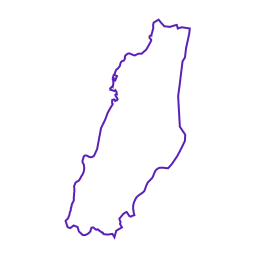 Daugmales pag., Kekavas, Latvia, rotated 93°
{"feature_id": "27541924B86442944632001", "entity_name": "Daugmales pag.", "entity_type": "district", "adm_level": 2, "iso_a3": "LVA", "parent_name": "Latvia", "parent_adm1": "Kekavas", "projection": "robinson", "projection_center": [24.43, 56.799], "detail": "fine", "context": "isolated", "style": "outline", "palette": "violet", "viewbox_px": 256, "rotation_deg": 93, "n_neighbors": 0, "source": "geoboundaries", "source_scale": "gbopen_adm2", "svg_char_len": 5398}
<svg xmlns="http://www.w3.org/2000/svg" viewBox="0 0 256 256"><g transform="rotate(93 128 128)"><path d="M131.7,70.5L124.0,76.3L93.6,79.6L81.3,78.6L71.0,77.9L58.5,77.0L54.6,74.8L45.2,74.2L36.3,72.7L30.4,71.8L25.4,71.5L24.6,79.4L24.7,79.5L24.9,80.3L25.0,80.6L25.1,80.8L25.1,81.1L25.2,81.4L25.2,81.6L25.3,81.8L25.6,82.7L25.7,82.9L25.9,83.2L25.9,83.3L26.0,83.5L24.9,83.8L24.1,84.1L23.3,84.4L22.5,84.7L22.9,86.1L23.7,88.4L24.0,89.2L24.7,91.2L24.9,91.5L24.7,93.4L24.6,95.5L24.5,97.2L23.5,98.0L22.8,98.7L22.1,99.6L21.7,99.9L20.5,101.1L19.8,101.7L18.2,103.1L19.1,104.5L21.4,107.9L23.7,108.3L24.1,108.3L26.5,108.0L26.9,108.0L29.4,108.5L29.8,108.6L31.3,108.9L32.0,109.1L34.0,109.5L34.6,109.5L34.6,110.1L34.7,110.6L34.7,110.8L34.9,110.9L35.0,111.0L35.3,111.2L35.5,111.3L36.1,111.3L36.5,111.3L36.9,111.2L37.4,110.6L37.5,110.6L38.3,109.7L38.6,109.5L38.9,109.5L39.3,109.4L39.8,109.5L42.0,110.5L43.1,111.1L45.0,112.0L48.5,113.7L49.6,114.7L51.3,116.5L52.4,117.5L53.1,118.2L53.1,118.3L53.1,118.7L53.1,118.9L53.1,119.2L53.1,119.5L53.1,119.8L53.2,120.4L53.2,120.6L53.2,120.9L53.2,121.1L53.2,121.3L53.4,121.8L53.6,122.1L53.7,122.4L53.9,122.7L54.1,123.1L54.4,123.6L54.6,124.1L54.9,124.5L55.2,125.1L55.1,125.5L54.7,127.0L54.3,128.1L53.9,129.3L53.7,129.7L53.4,130.4L53.6,131.2L53.7,131.8L53.8,132.1L54.3,132.8L54.5,133.1L54.7,133.3L55.0,133.5L55.3,133.7L55.4,133.9L55.5,134.1L55.6,134.3L55.8,134.4L56.9,134.9L58.4,134.6L60.7,135.5L62.0,138.1L62.4,138.3L63.4,138.7L63.9,138.9L64.1,139.0L65.3,139.2L66.1,139.3L66.4,139.4L66.7,139.5L67.5,140.1L69.2,141.3L69.5,141.5L69.8,142.0L70.2,142.6L70.3,142.7L72.0,143.4L72.6,143.6L74.5,144.1L75.1,144.5L75.4,144.8L75.6,144.7L75.8,144.1L76.7,141.7L81.1,143.2L81.4,143.5L81.5,143.7L80.9,144.6L80.2,144.7L79.7,144.7L79.3,144.8L79.0,144.9L78.8,144.9L77.7,145.4L77.6,145.5L79.8,145.9L80.2,145.6L80.3,145.6L80.5,145.5L80.9,145.4L81.2,145.3L81.4,145.3L81.7,145.2L82.1,145.2L82.3,145.2L83.0,145.1L84.4,144.9L84.5,144.9L85.3,145.1L86.0,145.2L87.2,145.3L87.4,145.6L87.5,145.6L87.4,145.7L87.7,146.2L87.7,146.3L88.7,147.3L89.7,147.9L90.0,147.7L90.5,147.2L90.7,147.3L90.7,147.0L90.8,147.0L91.3,145.0L91.6,144.2L91.8,143.6L91.8,143.4L91.7,143.3L91.4,143.0L90.9,142.6L92.4,141.5L94.9,140.9L94.8,141.5L95.5,142.4L96.6,142.1L98.5,140.5L99.9,139.9L100.7,140.3L101.0,141.1L101.7,142.2L100.2,143.0L100.3,143.8L100.8,145.2L103.9,145.2L104.9,144.5L105.1,144.6L106.0,145.0L106.4,145.2L107.3,145.8L113.9,149.1L118.2,150.4L120.8,151.2L123.6,152.4L123.9,152.5L124.5,152.7L124.5,152.8L129.7,155.0L129.8,155.0L131.6,155.2L136.5,155.8L137.8,156.1L138.3,156.2L138.9,156.2L141.4,156.5L141.5,156.5L145.7,157.1L149.9,157.6L150.5,157.7L150.7,157.8L155.7,159.7L157.7,160.6L157.8,160.7L157.8,160.9L157.9,161.0L158.0,161.2L158.1,161.3L158.3,161.5L158.5,161.7L158.7,162.0L158.8,162.4L158.9,162.8L159.2,163.4L159.2,163.6L159.2,163.8L159.2,164.0L158.9,164.5L158.8,164.8L158.9,165.4L158.8,165.5L158.7,165.8L158.5,166.2L158.0,166.9L157.8,167.5L157.7,168.1L157.6,168.6L157.7,169.3L157.8,169.6L158.0,170.0L158.3,170.3L158.8,170.7L158.9,170.8L159.1,170.8L160.2,171.0L160.9,171.2L161.8,171.4L162.6,171.6L163.1,171.7L164.0,171.7L164.5,171.6L164.8,171.5L166.7,170.3L167.1,170.2L167.3,170.1L168.0,170.0L168.8,169.9L169.6,169.7L169.9,169.7L170.5,169.6L171.0,169.7L172.3,169.7L172.9,169.7L175.5,170.4L176.2,170.7L177.1,171.1L178.0,171.7L179.3,172.4L179.9,172.6L181.1,173.2L181.6,173.4L181.8,173.5L182.4,174.0L183.2,174.5L183.6,174.9L184.0,175.9L184.6,176.7L185.2,177.3L185.7,177.7L186.0,177.8L187.4,178.2L188.2,178.5L188.6,178.7L189.0,178.8L189.5,178.8L190.0,178.7L190.8,178.4L191.3,178.4L192.2,178.4L193.8,178.2L194.4,178.2L196.5,178.5L197.0,178.5L198.3,178.3L198.6,178.3L199.3,178.5L199.7,178.5L202.1,178.4L202.5,178.3L203.2,178.4L203.9,178.6L204.4,178.8L204.8,179.1L205.6,179.4L206.0,179.6L206.4,179.7L206.6,179.7L206.8,179.9L207.1,180.1L207.6,180.2L208.8,180.2L209.3,180.3L209.6,180.4L210.6,180.7L210.7,180.8L211.0,180.9L212.1,180.8L213.1,180.9L213.6,181.0L213.9,181.1L214.7,181.5L215.1,181.6L215.7,181.7L217.7,181.9L219.6,182.6L220.3,182.8L221.2,183.0L221.4,183.1L221.9,183.7L222.7,184.2L223.3,184.9L223.9,185.4L224.2,185.5L230.2,183.1L231.0,180.4L228.2,177.2L229.5,173.2L233.9,171.6L237.3,167.5L237.1,164.9L235.3,161.9L234.8,161.5L233.2,160.1L232.6,160.1L229.5,159.3L229.1,157.5L231.3,154.5L230.8,153.4L230.9,152.5L231.7,151.9L231.9,151.2L232.3,150.8L232.5,150.4L233.3,149.3L233.8,148.6L233.6,148.0L234.0,147.5L235.2,146.9L235.4,145.2L235.4,144.3L235.5,142.9L235.4,142.2L235.2,140.9L234.8,139.5L234.6,138.0L237.5,136.0L237.8,135.8L231.3,134.4L231.1,134.2L227.5,128.8L226.3,129.7L224.1,131.0L222.3,130.5L221.1,131.2L219.3,131.8L218.8,131.8L217.9,131.0L214.3,128.4L213.2,127.1L212.7,126.4L212.6,126.1L211.9,125.1L212.0,124.9L214.1,123.3L214.3,123.2L214.5,123.0L215.8,122.1L216.3,120.8L216.3,120.4L216.2,120.1L215.7,119.7L215.6,119.4L214.9,117.6L214.7,117.1L211.9,117.9L208.0,118.7L204.8,118.7L202.1,118.2L199.0,117.0L197.4,116.2L195.8,115.0L194.1,113.1L192.9,111.4L191.3,109.5L190.4,108.6L188.3,107.8L184.4,106.7L181.9,105.6L180.9,105.1L179.5,103.7L178.2,102.6L176.7,101.3L175.1,100.5L173.2,99.9L171.4,99.3L170.1,98.8L169.0,98.2L168.2,97.6L167.5,96.8L166.5,95.4L166.0,93.9L165.9,92.5L165.8,91.4L165.9,90.1L166.0,88.5L166.1,85.9L164.0,84.1L161.2,82.0L155.9,78.8L153.2,77.2L151.2,76.3L148.7,75.1L146.1,74.0L144.2,73.1L141.0,71.8L138.7,70.8L138.0,70.5L135.2,70.5L131.7,70.5Z" fill="none" stroke="#5b21b6" stroke-width="2"/></g></svg>